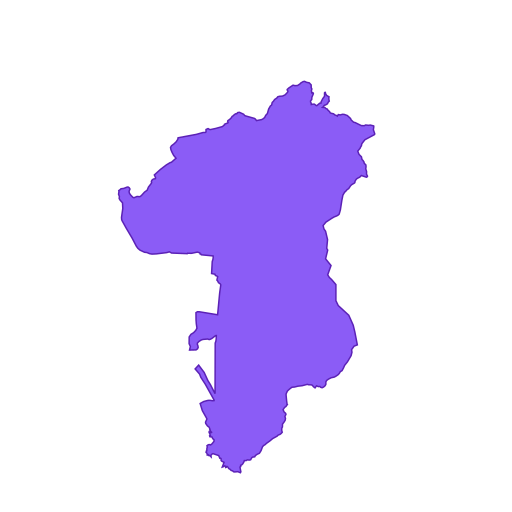 Bunesti, Vâlcea, Romania, rotated 45°
{"feature_id": "2599482B20268372174714", "entity_name": "Bunesti", "entity_type": "district", "adm_level": 2, "iso_a3": "ROU", "parent_name": "Romania", "parent_adm1": "Vâlcea", "projection": "mercator", "projection_center": [24.207, 45.108], "detail": "fine", "context": "isolated", "style": "filled", "palette": "violet", "viewbox_px": 512, "rotation_deg": 45, "n_neighbors": 0, "source": "geoboundaries", "source_scale": "gbopen_adm2", "svg_char_len": 6127}
<svg xmlns="http://www.w3.org/2000/svg" viewBox="0 0 512 512"><g transform="rotate(45 256 256)"><path d="M381.4,429.1L381.9,428.1L382.2,426.5L383.0,426.3L384.1,427.0L384.4,426.4L384.1,425.6L384.3,425.3L385.6,425.2L387.0,425.6L388.3,425.2L390.1,425.2L391.3,424.5L392.8,424.4L393.5,423.9L395.7,421.3L398.2,420.3L397.9,419.3L393.9,416.6L394.1,415.7L393.1,414.8L393.6,413.9L393.6,412.4L393.0,410.0L392.4,408.9L393.7,407.6L394.0,406.3L395.6,405.0L396.3,403.9L395.7,401.9L395.7,400.8L397.1,398.9L396.7,397.6L397.0,395.5L397.9,393.1L397.2,390.0L395.5,386.3L395.4,384.5L395.8,383.2L395.9,381.0L396.6,376.8L396.9,373.3L398.3,368.5L398.3,366.9L399.1,365.2L399.3,363.7L399.2,362.1L397.5,361.1L396.4,360.0L395.8,359.1L395.6,358.2L393.6,356.1L393.3,353.7L392.8,351.6L391.8,350.1L389.9,349.0L389.1,346.7L388.1,346.3L386.1,346.4L383.8,345.5L383.3,342.9L383.6,341.1L383.2,339.7L383.3,338.9L382.6,338.7L380.0,336.7L375.3,332.8L374.6,331.8L374.1,330.3L373.8,329.7L373.7,328.7L373.8,326.4L374.2,323.4L375.9,321.4L377.7,318.4L380.4,315.0L383.0,310.5L384.3,309.8L386.2,308.0L387.2,307.6L389.1,307.8L391.0,307.5L390.6,305.0L392.4,304.3L393.4,303.1L394.6,303.1L395.9,302.4L396.4,301.0L396.6,299.5L396.5,298.5L396.1,297.3L394.4,295.6L394.1,294.6L394.0,293.6L394.3,291.9L395.2,289.0L397.0,286.2L397.5,284.5L398.0,281.8L397.9,280.0L397.4,278.2L397.9,276.2L397.0,273.2L396.0,270.7L395.5,266.2L393.7,259.2L391.9,256.2L389.8,254.6L389.1,250.4L390.5,247.2L379.7,239.9L373.7,236.2L363.5,232.3L349.2,232.9L344.1,231.1L332.7,219.7L326.2,219.2L323.0,219.3L320.0,218.6L315.8,209.7L307.2,208.8L302.5,201.1L300.6,200.6L295.0,193.8L287.7,189.3L284.9,188.8L281.9,187.0L281.5,182.6L282.9,175.9L283.6,173.2L284.8,170.4L285.2,168.7L285.2,167.6L283.1,163.8L277.4,156.0L274.4,151.5L273.5,148.0L273.7,147.3L273.5,144.5L273.9,142.9L273.2,139.5L273.2,138.0L274.0,134.8L274.0,134.2L273.4,133.6L272.9,132.2L272.6,130.6L272.8,129.3L273.6,126.9L273.6,124.6L278.4,122.2L278.6,121.4L278.4,120.7L276.3,120.0L274.5,118.1L272.0,116.8L270.7,115.1L269.3,113.9L267.5,113.9L266.7,113.8L266.0,113.2L264.1,112.8L262.7,112.8L260.4,111.3L257.0,111.3L253.8,109.9L253.4,106.1L252.9,105.0L252.6,103.5L251.8,102.4L251.4,101.6L250.8,96.8L253.9,86.5L253.7,85.7L249.7,83.7L247.9,81.3L247.2,80.8L244.2,82.6L243.2,84.0L240.9,85.8L240.4,87.3L238.3,89.3L231.6,91.6L230.4,92.4L227.0,92.5L225.6,91.9L221.2,92.1L218.1,93.6L216.9,94.7L215.8,96.7L214.2,97.8L214.6,99.6L213.7,99.7L212.0,100.5L210.3,100.6L207.9,102.1L207.0,102.3L206.0,101.9L203.6,102.0L202.5,101.7L201.2,102.3L199.8,102.3L198.0,103.8L198.1,102.5L197.8,101.9L197.8,101.0L198.4,100.0L198.9,97.9L198.3,96.1L198.3,94.7L196.9,93.8L195.7,92.7L195.1,91.8L192.4,92.5L190.6,92.1L189.3,91.3L189.0,91.7L189.1,92.2L191.5,94.6L191.9,97.4L193.0,100.9L193.8,101.9L193.0,102.9L192.7,106.7L192.1,107.1L190.0,107.3L188.9,108.3L188.0,109.8L186.9,108.9L185.6,108.5L184.9,107.7L184.8,106.0L183.3,104.3L181.8,100.7L181.3,100.3L180.5,100.5L180.3,101.2L179.7,101.0L178.2,99.8L177.4,98.4L176.0,97.9L174.0,96.0L171.2,95.9L169.0,97.4L166.8,98.2L166.0,99.4L165.3,102.2L165.4,103.3L164.8,106.1L163.1,108.0L161.4,109.0L160.4,113.9L160.3,116.2L160.7,116.6L161.9,116.8L162.4,117.3L162.6,119.0L162.6,121.6L161.6,124.3L159.7,126.4L158.8,128.0L159.0,129.7L158.5,132.2L158.9,134.2L158.9,136.0L160.3,138.2L160.1,139.7L161.0,143.1L163.3,147.2L163.4,149.7L164.2,152.0L163.9,154.6L163.4,155.8L160.6,159.9L158.8,159.6L157.6,159.8L149.2,164.5L148.6,164.7L147.0,164.5L142.7,166.1L141.7,167.4L141.6,167.7L141.8,169.0L141.0,169.9L140.7,171.5L140.7,173.1L140.4,174.2L140.8,175.6L140.8,177.9L140.4,180.2L140.7,180.8L141.9,181.4L142.0,181.8L140.8,184.4L140.6,185.2L141.0,185.5L140.7,188.3L137.3,194.3L134.4,198.8L133.6,199.4L132.2,199.7L131.9,200.0L131.2,201.9L132.9,203.6L132.8,204.5L131.3,206.0L127.8,212.2L117.3,227.5L118.2,228.8L118.8,231.7L118.7,234.9L118.3,237.8L118.8,239.7L120.7,241.0L123.4,242.1L126.7,243.1L130.3,243.4L129.9,249.7L129.3,250.5L128.2,254.9L127.2,262.4L126.8,270.6L129.4,271.5L130.2,272.4L129.0,274.2L128.8,276.0L129.2,277.1L129.6,277.6L130.2,277.8L130.6,278.6L131.2,283.3L132.5,286.4L132.0,289.6L132.2,293.9L132.1,295.7L131.7,296.4L129.8,298.0L128.5,301.1L127.3,301.6L124.0,301.5L122.1,301.1L120.8,300.3L120.1,299.2L119.8,298.2L119.4,297.7L118.0,297.4L116.7,297.7L116.1,298.5L114.7,301.7L113.0,303.9L113.0,305.2L112.7,306.8L113.6,307.4L115.1,309.5L117.3,310.5L118.6,312.1L120.3,312.6L124.0,312.8L128.2,316.6L133.6,323.8L135.2,325.2L136.2,325.7L144.6,328.1L155.9,331.0L164.5,333.7L167.0,334.1L169.8,333.9L174.5,332.2L176.4,330.7L179.1,329.6L181.1,328.2L184.0,325.0L190.5,316.7L191.8,314.3L194.2,313.6L205.8,302.9L205.7,302.4L208.5,299.7L211.8,294.7L213.6,293.7L214.3,293.6L215.0,294.1L215.9,293.6L216.5,293.8L225.6,286.3L226.6,287.1L227.9,288.8L229.0,290.9L237.0,299.8L239.9,297.9L241.1,298.5L242.2,297.9L243.5,297.7L245.4,300.7L246.7,300.8L248.3,301.4L250.5,301.0L251.5,301.3L256.5,307.9L270.4,324.7L255.5,335.4L254.0,336.8L253.6,338.5L258.9,343.7L261.8,346.2L265.3,348.8L266.0,351.2L266.1,354.3L265.4,357.4L266.0,360.5L270.7,365.3L273.6,366.4L275.5,369.5L280.0,364.8L280.3,363.1L279.8,361.6L278.5,360.6L276.9,359.9L276.1,358.9L276.1,356.7L276.7,354.0L277.5,352.5L280.5,348.9L282.0,348.2L282.6,347.1L283.1,345.6L283.7,340.9L284.2,340.3L286.6,342.9L287.9,344.7L288.7,346.4L324.4,382.3L314.7,379.2L310.0,378.1L301.7,375.0L292.6,373.7L292.8,378.9L299.6,379.4L302.8,380.8L310.8,382.5L328.3,387.5L328.6,387.9L327.5,389.2L325.6,390.5L324.1,392.1L321.9,395.9L320.8,399.8L327.4,403.3L336.3,405.8L336.7,406.3L337.8,409.2L338.9,410.0L341.9,410.5L343.9,410.2L345.8,411.0L346.3,411.8L346.7,411.5L348.0,412.1L349.2,412.0L349.2,412.6L348.8,413.2L347.4,413.2L347.2,413.7L350.6,415.1L350.3,415.9L351.2,416.4L352.8,415.1L354.8,415.8L355.5,415.6L356.4,415.7L357.4,416.9L357.7,420.2L357.5,421.7L357.0,421.8L356.1,422.6L355.6,423.6L355.5,424.9L356.7,425.5L357.1,426.5L359.0,428.6L358.8,429.1L359.6,430.2L360.1,430.1L361.1,430.3L362.3,431.2L362.7,430.3L363.5,430.6L364.1,429.9L366.3,429.8L365.0,428.8L365.0,426.9L365.3,426.2L370.7,423.5L373.5,424.6L374.0,424.0L374.6,424.0L376.0,425.3L376.9,425.3L379.3,424.5L381.4,429.1Z" fill="#8b5cf6" stroke="#5b21b6" stroke-width="1.5"/></g></svg>